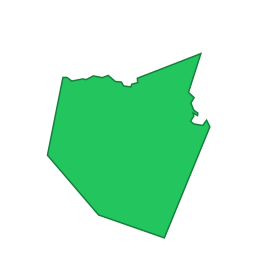 Walker, Texas, United States of America (Albers equal-area conic projection), rotated 18°
{"feature_id": "52423323B95540408919203", "entity_name": "Walker", "entity_type": "district", "adm_level": 2, "iso_a3": "USA", "parent_name": "United States of America", "parent_adm1": "Texas", "projection": "albers", "projection_center": [-95.561, 30.781], "detail": "fine", "context": "isolated", "style": "filled", "palette": "green", "viewbox_px": 256, "rotation_deg": 18, "n_neighbors": 0, "source": "geoboundaries", "source_scale": "gbopen_adm2", "svg_char_len": 533}
<svg xmlns="http://www.w3.org/2000/svg" viewBox="0 0 256 256"><g transform="rotate(18 128 128)"><path d="M174.3,34.7L121.5,77.8L123.2,81.9L118.1,85.1L118.0,88.0L110.8,89.4L107.5,86.3L101.5,87.7L93.0,84.1L88.1,88.0L78.9,89.2L73.3,94.9L69.8,95.3L60.1,100.7L54.2,98.8L50.5,100.0L59.8,178.8L126.9,219.8L196.5,221.3L205.5,101.6L200.3,96.3L198.3,102.5L189.3,103.8L185.4,102.2L186.9,96.3L185.3,93.6L190.2,94.7L189.9,92.3L185.0,90.7L180.1,84.8L181.5,78.7L174.5,75.4L174.3,34.7Z" fill="#22c55e" stroke="#15803d" stroke-width="1.5"/></g></svg>